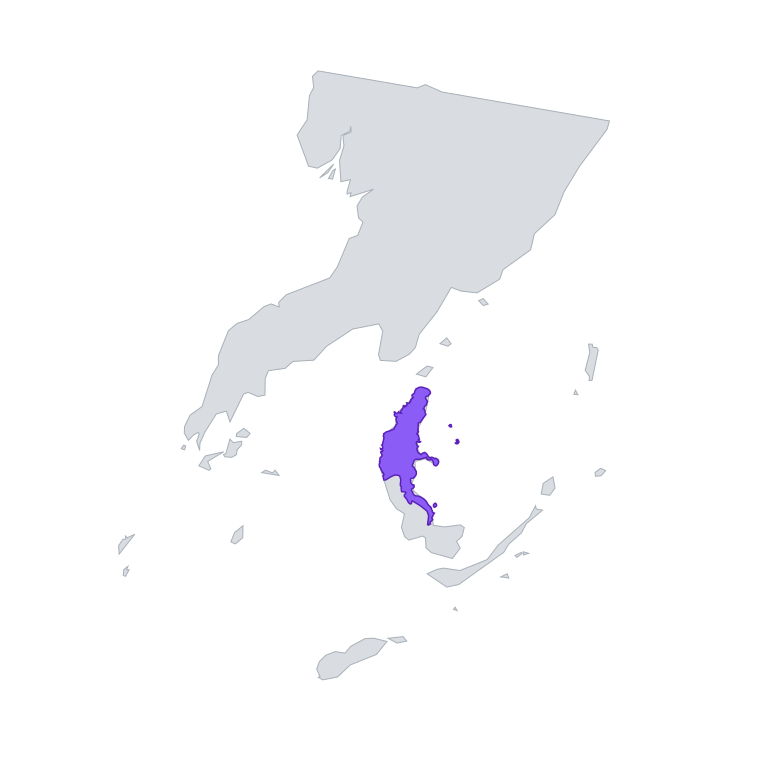 West New Britain on a map of Papua New Guinea (Robinson projection), rotated 100°
{"feature_id": "PNG-1257", "entity_name": "West New Britain", "entity_type": "Province", "adm_level": 1, "iso_a3": "PNG", "parent_name": "Papua New Guinea", "parent_adm1": "", "projection": "robinson", "projection_center": [149.97, -5.482], "detail": "fine", "context": "in_parent", "style": "filled", "palette": "violet", "viewbox_px": 768, "rotation_deg": 100, "n_neighbors": 0, "source": "natural_earth", "source_scale": "10m", "svg_char_len": 9805}
<svg xmlns="http://www.w3.org/2000/svg" viewBox="0 0 768 768"><g transform="rotate(100 384 384)"><path d="M87.1,503.3L86.6,402.8L82.0,395.3L86.4,377.4L85.8,207.7L94.3,208.5L135.5,229.2L163.3,240.0L187.5,245.0L209.9,262.0L226.3,262.9L250.8,286.7L260.7,288.3L278.1,308.2L279.1,324.3L277.2,334.5L303.6,344.3L328.9,358.0L342.6,359.4L350.2,364.2L359.6,376.0L361.4,391.7L356.0,394.5L332.3,394.4L325.7,399.5L335.2,424.2L356.6,446.9L372.7,457.2L377.6,477.6L385.7,484.0L391.0,500.2L399.3,501.9L415.6,499.3L418.2,506.1L415.8,516.4L418.2,520.5L448.1,529.1L438.1,534.5L442.6,543.9L462.1,551.9L474.2,555.0L481.5,554.0L473.0,558.6L465.4,557.3L464.0,558.7L467.1,562.6L473.4,566.8L466.9,572.2L460.4,573.0L448.3,569.5L437.8,559.3L405.2,554.9L393.9,550.4L385.0,552.0L358.5,546.5L349.9,539.3L344.1,528.5L328.5,515.5L324.8,509.1L326.3,500.6L322.0,501.9L313.0,495.7L289.0,455.9L276.8,450.3L246.7,443.5L242.2,435.7L228.1,432.8L224.9,437.9L213.4,441.5L203.6,437.7L193.9,428.0L205.4,449.9L201.4,449.8L203.3,453.3L201.1,453.8L188.5,452.5L192.3,461.6L171.6,466.6L156.2,464.8L148.8,467.1L145.7,466.8L141.7,460.1L136.1,461.4L140.8,461.5L146.8,469.3L159.8,468.1L172.3,474.0L183.0,487.1L182.6,496.1L153.9,512.8L137.2,505.6L112.9,507.5L104.3,504.7L93.4,507.9L87.1,503.3ZM520.5,280.7L526.4,285.2L532.4,280.5L544.0,286.3L541.8,308.2L538.0,314.2L528.3,316.4L527.1,319.6L533.4,332.5L530.8,337.1L522.3,341.9L508.3,341.3L504.6,350.2L496.8,358.0L466.6,373.6L433.7,374.9L422.9,365.2L411.6,367.0L396.3,355.6L383.6,351.0L381.0,346.7L381.3,341.0L384.8,337.7L407.5,338.3L421.9,342.8L440.9,340.1L446.1,336.6L448.1,322.6L451.2,316.8L454.4,319.5L450.5,330.3L454.9,340.0L468.4,337.2L477.0,339.4L483.7,336.6L493.2,321.4L500.8,314.5L514.6,311.0L514.3,299.8L509.5,284.4L511.4,280.0L520.5,280.7ZM686.0,392.9L684.3,397.8L683.3,396.2L676.4,400.8L668.5,399.4L661.4,394.4L656.0,385.6L655.8,375.6L648.1,371.2L638.1,358.5L636.1,350.2L637.0,336.4L651.6,344.4L666.4,368.3L680.6,378.9L686.0,392.9ZM573.1,286.9L563.4,308.6L557.4,299.7L555.0,293.5L554.5,276.8L539.0,251.9L522.9,243.6L490.4,217.7L477.5,213.6L480.7,212.4L480.7,206.0L496.8,219.6L506.7,222.8L520.0,233.3L529.1,236.9L568.5,275.6L573.1,286.9ZM313.6,178.9L344.4,179.8L344.9,182.7L340.8,183.0L335.6,188.3L317.2,186.8L309.2,189.5L308.6,185.8L311.6,184.7L311.2,180.8L313.6,178.9ZM468.7,513.6L474.3,517.3L479.1,516.9L482.7,521.2L483.3,528.2L481.3,529.8L480.0,527.6L465.0,526.2L467.9,522.2L465.1,514.2L468.7,513.6ZM465.1,210.1L454.3,210.0L446.1,201.5L456.7,197.5L464.8,201.4L465.1,210.1ZM490.8,544.2L497.7,539.8L499.4,541.3L496.7,552.1L485.9,547.5L478.6,530.1L490.8,544.2ZM548.1,498.3L559.9,496.4L565.6,501.1L567.3,502.8L566.1,507.4L556.3,505.4L548.1,498.3ZM575.3,603.4L597.5,615.3L589.2,617.3L582.3,614.1L581.4,611.2L578.6,612.2L580.0,610.1L575.3,603.4ZM368.6,353.8L358.8,344.7L359.3,338.6L369.7,344.0L368.6,353.8ZM461.4,520.3L458.5,520.6L452.0,514.3L455.9,507.3L460.4,509.9L461.4,520.3ZM633.7,335.9L629.5,321.3L633.2,316.9L636.9,326.2L633.7,335.9ZM334.5,335.9L327.7,330.2L332.7,324.9L335.7,327.7L334.5,335.9ZM438.2,159.7L434.4,160.8L429.4,156.0L430.8,150.7L436.6,154.2L438.2,159.7ZM289.5,299.9L285.5,305.2L282.7,301.2L287.2,295.3L289.5,299.9ZM492.3,471.5L492.5,489.0L489.4,485.6L490.9,478.3L487.8,476.3L492.3,471.5ZM185.6,476.0L192.2,483.2L176.1,471.7L185.6,476.0ZM191.3,474.4L182.5,471.4L180.7,469.2L191.1,470.2L191.3,474.4ZM618.3,605.1L617.7,607.6L611.9,608.0L608.0,604.5L611.8,605.3L611.1,602.8L618.3,605.1ZM553.4,227.4L553.7,235.5L549.5,229.8L553.4,227.4ZM531.7,223.1L530.1,225.2L526.0,219.6L526.8,218.4L531.7,223.1ZM483.5,569.0L482.9,572.5L479.0,570.7L479.5,568.5L483.5,569.0ZM528.2,216.8L525.1,217.7L525.6,212.2L528.2,216.8ZM360.9,191.2L361.2,195.3L356.8,194.4L360.9,191.2ZM594.4,272.7L593.9,276.4L591.5,275.2L594.4,272.7Z" fill="#d9dde1" stroke="#a8b0b8" stroke-width="1"/><path d="M478.5,367.6L476.9,368.2L475.5,368.5L475.1,368.7L474.7,369.1L474.0,368.4L473.5,368.3L472.6,368.8L471.9,369.5L471.4,370.1L471.2,370.0L471.2,369.8L469.7,371.4L468.9,372.0L468.0,372.3L467.7,372.5L466.7,373.7L466.2,374.1L464.5,374.7L463.4,374.8L462.8,374.6L462.3,374.3L461.1,375.0L461.0,374.9L460.8,374.5L460.6,374.4L460.2,374.7L458.5,375.1L457.5,375.1L456.8,374.9L456.4,374.2L456.1,373.9L455.3,373.7L454.7,373.4L454.2,373.5L453.5,374.0L452.6,374.8L451.8,375.4L451.0,375.2L450.9,375.0L450.9,374.3L450.8,374.0L449.8,373.4L449.5,373.6L449.2,374.4L448.7,374.7L449.1,375.2L449.1,375.6L448.7,376.0L448.1,376.3L448.2,375.6L448.1,374.9L447.7,374.3L447.2,374.1L446.6,374.2L445.9,374.5L445.2,375.0L444.5,375.7L444.1,375.1L443.7,374.9L442.9,375.0L441.8,375.0L441.6,375.0L440.5,374.8L436.7,374.7L436.4,374.9L435.7,375.5L435.2,375.7L434.3,375.4L433.6,375.4L433.0,375.7L432.8,375.3L431.3,374.0L430.8,373.5L430.0,371.9L429.4,370.6L427.1,367.1L426.2,366.3L422.3,365.1L421.1,364.3L420.4,364.2L419.8,364.3L418.8,365.2L417.0,365.9L416.4,366.0L415.2,366.0L414.7,365.8L414.4,365.4L414.1,365.4L414.2,366.1L414.0,366.9L413.7,367.7L413.3,368.2L412.7,368.4L411.1,368.5L410.2,369.0L409.7,369.0L409.7,368.2L410.1,368.0L410.5,368.1L410.8,368.0L410.5,367.3L410.8,366.7L410.5,365.8L409.8,365.0L408.9,364.8L409.3,364.0L409.8,363.4L410.0,362.8L409.7,362.0L409.4,362.8L409.0,362.9L408.6,362.8L408.1,362.9L405.0,361.5L403.3,361.0L402.3,361.3L401.7,360.7L402.2,360.0L402.5,359.7L402.9,359.5L402.6,359.1L402.1,359.0L401.7,358.9L401.6,358.6L401.6,358.3L401.5,358.0L401.1,357.9L399.8,357.8L399.3,358.0L398.7,358.5L398.5,358.2L398.7,357.6L398.7,357.0L398.5,355.9L398.2,355.4L397.5,355.4L396.8,355.5L396.5,355.3L396.3,354.7L395.7,354.7L394.6,354.8L393.9,354.4L393.0,353.4L392.4,352.9L391.5,353.9L390.9,354.3L390.4,354.5L389.6,354.3L388.4,353.1L387.8,352.6L386.9,352.4L385.0,352.3L384.0,351.7L383.4,351.6L383.0,351.5L382.8,350.9L381.4,349.2L380.7,347.3L380.5,345.6L381.2,340.5L381.9,338.9L383.0,337.5L384.4,336.8L384.6,336.7L385.9,337.0L386.8,337.9L387.1,338.1L387.8,338.2L388.2,338.5L388.4,338.9L388.6,339.7L388.7,340.0L389.8,340.8L391.0,340.5L392.1,339.6L393.1,338.5L393.6,338.1L394.2,338.1L395.4,338.6L396.8,338.5L397.3,338.6L398.6,339.9L399.3,340.2L400.9,340.5L401.5,340.8L401.5,340.2L401.8,340.0L402.6,339.6L403.2,339.0L404.1,338.9L404.6,338.8L406.7,337.4L409.8,338.9L410.3,339.4L411.0,339.5L414.0,341.0L414.5,341.4L415.1,341.5L415.6,341.9L416.1,342.7L416.6,343.5L421.6,342.8L422.6,342.4L423.2,342.9L423.7,342.7L424.2,342.2L424.8,341.8L425.1,342.2L425.5,342.6L426.0,342.7L426.2,342.1L427.3,342.9L427.5,343.0L427.9,342.6L428.3,341.4L428.8,341.1L429.5,340.9L432.2,339.6L432.3,339.8L432.8,340.2L433.0,339.8L433.3,339.6L433.7,339.6L434.1,339.9L434.5,339.5L434.7,339.0L434.6,338.5L434.4,338.0L434.6,338.0L434.7,338.3L435.0,338.4L435.3,339.1L435.3,340.0L434.9,341.3L435.4,341.8L436.0,342.0L436.3,342.1L436.9,341.9L437.7,341.3L438.4,341.1L438.7,341.0L439.1,340.5L439.3,339.9L439.3,339.3L439.6,339.3L440.9,340.2L442.5,340.2L444.1,339.6L445.4,338.6L445.8,338.1L446.8,336.1L447.0,335.4L446.9,334.8L445.6,334.3L445.3,333.8L444.7,332.7L444.3,332.1L444.5,331.7L445.1,330.2L446.1,329.1L446.7,328.6L447.5,328.1L448.2,327.5L448.7,326.5L448.7,326.0L448.6,325.5L448.4,324.6L447.9,324.3L447.8,324.0L448.0,323.5L448.2,322.7L448.6,321.9L448.7,321.4L448.6,321.1L448.2,320.7L448.1,320.1L448.3,319.9L449.0,317.8L450.4,316.8L452.1,316.6L453.9,317.2L454.8,317.7L455.2,318.0L455.5,318.4L455.7,319.1L455.6,319.5L455.4,319.7L454.9,320.9L454.1,321.4L452.3,321.9L451.5,322.4L450.6,323.5L450.1,324.5L450.8,325.4L450.9,326.5L451.0,327.6L450.9,328.4L450.6,328.6L449.8,328.8L449.5,329.0L449.0,329.5L448.9,329.7L449.6,330.4L449.8,330.8L449.9,331.8L451.0,333.7L452.1,336.3L452.2,336.9L452.3,337.8L452.5,338.8L452.8,339.7L453.3,340.5L454.1,341.1L454.9,341.3L457.7,341.6L458.5,341.9L459.2,342.0L459.9,341.8L460.9,339.9L462.0,339.3L463.2,338.2L463.6,338.0L464.3,337.1L464.6,337.0L466.6,336.6L467.4,336.6L468.1,336.7L470.5,337.8L471.3,338.4L471.7,339.1L471.9,340.0L472.3,340.9L473.0,341.5L473.8,341.3L474.4,340.9L475.8,340.8L476.4,340.5L477.5,339.5L478.0,338.8L478.3,338.0L478.1,337.4L478.2,337.0L478.5,336.8L478.8,337.1L480.0,336.4L481.1,336.8L482.0,337.8L482.7,338.6L483.9,338.5L484.3,338.3L484.6,338.1L485.3,337.1L486.1,336.9L486.9,336.3L487.7,335.6L488.2,334.9L488.6,334.0L488.6,333.0L488.5,331.0L488.5,330.1L489.0,328.0L490.0,325.4L491.0,323.7L492.0,322.3L493.1,321.2L494.2,320.6L495.0,319.5L495.6,319.1L496.7,317.2L497.2,316.6L497.8,316.6L497.8,315.9L499.2,315.4L500.4,314.5L502.0,313.8L502.2,313.2L502.4,311.9L502.7,311.9L503.2,312.4L505.8,313.1L506.6,313.5L507.4,313.6L508.2,313.3L509.1,312.5L510.7,313.4L512.2,314.7L513.0,314.5L513.7,313.9L515.3,315.9L514.7,316.7L506.1,317.1L502.0,319.4L501.5,319.9L497.6,327.0L494.3,335.5L494.4,336.0L494.6,336.2L495.5,336.3L496.4,336.2L496.8,336.2L497.1,336.3L497.3,336.5L497.5,336.9L497.5,337.4L497.3,338.1L496.9,338.8L496.1,339.7L494.1,341.1L493.5,341.7L491.4,344.1L490.9,344.5L490.4,344.7L489.9,344.7L489.3,344.4L488.0,343.7L487.7,343.6L487.3,343.6L487.0,343.9L486.8,344.4L486.7,345.3L486.7,346.0L487.0,347.1L487.0,347.6L486.9,347.9L486.6,348.2L483.6,349.0L482.7,349.0L482.4,349.1L481.5,349.9L480.9,350.3L480.1,350.5L475.8,350.8L475.1,351.0L473.9,351.5L471.8,352.7L471.7,352.9L471.6,353.3L471.5,354.5L471.6,356.7L471.9,357.6L472.4,358.6L474.4,361.4L477.9,365.3L478.4,366.2L478.5,367.6ZM495.2,311.3L495.9,311.8L496.6,312.6L496.6,313.2L496.0,313.9L495.5,314.1L494.5,314.3L493.8,314.1L492.9,313.4L492.5,312.9L492.5,312.4L493.4,311.5L494.1,311.2L494.7,311.1L495.2,311.3ZM428.4,300.1L428.9,300.3L429.6,300.8L430.1,301.4L430.3,302.1L430.2,302.8L430.1,303.2L430.0,303.4L429.7,303.5L429.5,303.3L429.3,302.7L429.0,302.2L428.8,301.7L428.6,301.2L428.1,301.0L427.5,301.1L427.3,301.6L427.5,302.0L428.1,302.2L427.8,302.6L427.5,302.8L426.7,303.2L425.8,302.3L426.2,301.3L427.3,300.5L428.4,300.1ZM412.4,310.9L412.8,310.7L414.3,310.0L414.8,310.8L414.7,311.4L413.8,312.8L412.7,312.1L412.4,311.6L412.4,310.9Z" fill="#8b5cf6" stroke="#5b21b6" stroke-width="1.5"/></g></svg>